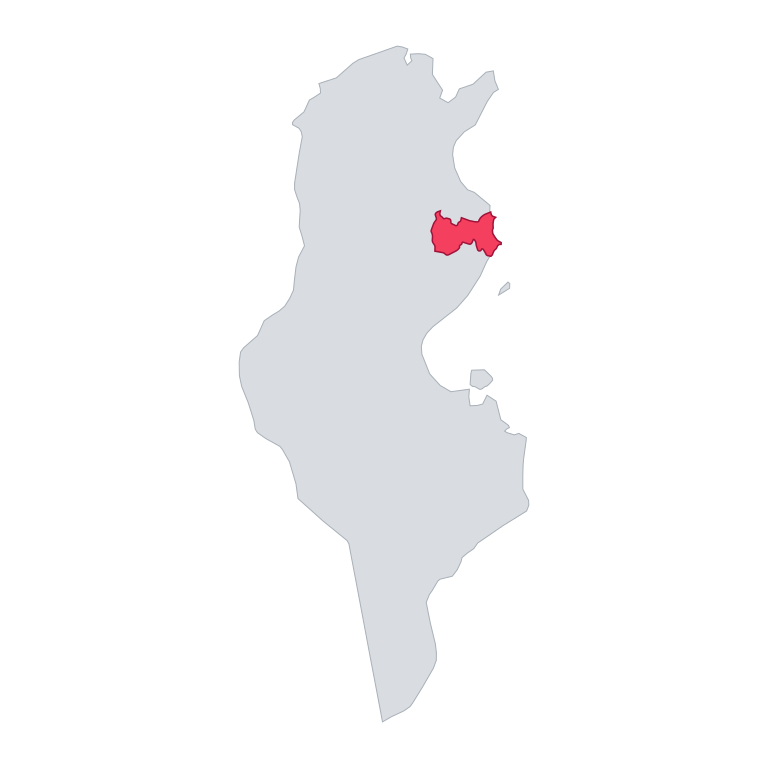 Mahdia highlighted on a map of Tunisia
{"feature_id": "TUN-116", "entity_name": "Mahdia", "entity_type": "Governorate", "adm_level": 1, "iso_a3": "TUN", "parent_name": "Tunisia", "parent_adm1": "", "projection": "equal_earth", "projection_center": [10.61, 35.335], "detail": "fine", "context": "in_parent", "style": "filled", "palette": "rose", "viewbox_px": 768, "rotation_deg": 0, "n_neighbors": 0, "source": "natural_earth", "source_scale": "10m", "svg_char_len": 4390}
<svg xmlns="http://www.w3.org/2000/svg" viewBox="0 0 768 768"><path d="M526.3,437.5L526.2,440.1L523.7,458.2L523.1,464.7L522.8,475.8L522.8,489.1L528.6,500.4L528.8,505.3L526.6,511.0L516.0,517.6L502.3,526.1L490.6,534.2L477.7,543.0L473.7,548.7L467.3,553.1L462.0,557.6L461.0,561.8L457.2,569.8L452.3,576.2L440.0,579.2L437.8,581.1L432.1,590.7L429.4,594.5L426.2,602.4L430.3,623.0L435.4,644.1L436.4,652.9L436.3,660.3L433.4,668.2L426.8,679.6L422.0,687.9L412.7,702.9L410.0,706.6L403.6,711.0L391.2,716.8L382.5,721.9L378.2,699.0L374.5,679.5L371.4,663.4L366.1,635.1L361.6,611.1L357.1,587.2L353.0,565.6L348.9,543.8L347.1,540.6L334.6,530.4L323.0,521.0L311.0,510.2L298.0,498.6L296.0,484.0L289.5,461.9L282.5,449.6L279.9,446.4L265.7,438.5L257.5,432.7L255.3,429.3L253.8,420.3L248.2,402.6L241.7,386.5L239.4,375.6L239.2,361.9L240.6,352.0L243.6,347.8L257.6,335.5L264.2,320.7L272.2,315.2L279.1,311.0L284.7,306.2L289.7,298.4L293.5,290.1L294.3,281.2L296.0,266.9L298.6,257.0L304.5,245.8L302.2,236.8L299.2,227.0L300.2,210.2L299.5,203.4L297.1,197.3L294.6,189.6L294.6,183.1L297.2,166.2L299.2,153.3L302.3,136.6L301.3,131.9L299.2,128.4L292.6,124.7L292.5,122.5L294.2,120.0L304.0,111.9L309.4,100.0L313.8,97.5L320.5,93.1L320.3,88.5L318.9,83.5L336.3,77.9L353.0,63.2L358.8,59.6L397.3,46.1L402.3,47.0L407.8,49.0L406.2,54.0L404.0,58.0L407.2,65.1L411.9,60.8L410.7,57.9L410.4,54.1L418.3,53.7L425.3,54.3L433.0,58.6L432.4,74.5L442.6,90.2L439.7,98.0L448.1,102.7L455.6,97.1L459.3,88.9L473.0,84.2L486.0,72.2L493.3,70.9L494.9,80.8L498.4,89.4L493.5,92.4L487.2,101.6L475.3,124.9L464.3,131.8L456.1,140.8L453.4,147.2L452.6,154.6L454.7,168.0L460.7,181.6L467.6,189.8L474.3,192.4L490.0,205.4L489.7,213.1L492.0,222.3L492.8,233.4L498.3,242.4L486.6,261.8L480.3,275.9L467.8,295.4L456.7,308.0L432.8,326.8L426.9,333.1L423.1,339.6L421.3,346.3L421.9,354.3L429.7,373.9L440.2,385.5L450.9,391.7L469.4,389.2L468.8,396.8L470.1,405.8L477.7,405.4L482.7,404.0L487.0,395.2L496.1,401.2L500.8,419.7L508.5,425.4L509.4,427.6L506.7,429.0L504.6,431.1L506.9,432.6L514.3,434.9L518.8,433.4L526.3,437.5ZM486.9,386.1L485.1,386.5L481.6,389.1L479.8,389.4L474.6,386.5L472.6,386.5L470.1,384.5L470.9,373.4L471.7,370.2L484.4,369.8L491.2,376.4L492.4,378.2L492.7,380.1L489.5,383.8L486.9,386.1ZM509.6,288.3L498.6,295.1L500.7,289.1L508.0,282.0L509.8,283.7L509.6,288.3Z" fill="#d9dde1" stroke="#a8b0b8" stroke-width="1"/><path d="M490.7,212.0L490.8,212.7L491.4,214.8L492.5,216.2L495.7,217.3L493.8,219.2L493.3,221.7L493.0,224.1L493.2,228.2L492.4,230.1L492.7,233.5L494.4,236.4L496.9,239.9L498.4,241.1L500.2,242.0L501.2,242.6L501.1,244.4L499.1,244.5L497.7,245.6L496.3,248.6L494.2,250.5L493.2,252.6L492.3,254.9L490.9,256.3L487.4,255.6L486.4,254.9L484.4,251.2L483.7,250.1L482.9,249.1L482.4,248.8L482.0,248.8L481.7,249.1L480.8,250.5L480.4,250.8L479.9,250.9L478.9,250.9L478.3,250.6L477.9,250.2L477.5,249.4L476.6,246.5L476.3,245.5L475.8,242.1L475.5,241.6L475.1,240.8L474.2,239.6L473.8,239.4L473.4,239.4L472.3,242.0L471.9,242.8L471.6,243.1L471.3,243.5L471.0,243.8L470.2,244.2L469.3,244.2L463.0,242.2L462.7,242.2L462.4,242.3L462.2,242.6L462.1,242.9L461.9,243.5L461.8,243.9L461.6,244.2L461.3,244.5L459.9,245.3L459.7,245.6L459.6,245.9L459.5,246.3L459.5,246.6L459.6,247.3L459.5,247.5L459.3,248.0L459.1,248.3L457.9,249.6L456.5,250.7L448.6,254.8L447.6,255.0L447.0,255.1L446.6,255.0L446.0,254.7L444.0,253.1L443.7,252.9L443.1,252.7L434.9,251.2L435.0,247.6L435.0,246.4L434.8,246.0L434.6,245.3L432.9,242.6L432.6,241.9L432.4,241.3L432.3,241.0L432.3,240.8L432.3,239.9L432.5,237.3L432.5,236.4L432.4,234.9L432.2,234.2L432.0,233.5L431.4,232.2L431.2,231.5L431.1,231.2L431.2,230.4L431.5,229.4L433.7,223.5L434.5,222.1L436.0,220.1L436.3,219.4L436.4,218.7L436.3,218.0L435.3,214.9L435.2,214.5L435.3,214.1L435.5,213.6L436.0,212.9L437.3,211.9L440.4,210.8L439.9,213.0L439.8,213.8L439.9,214.3L440.0,214.7L440.1,215.2L440.4,215.5L440.7,215.9L442.3,217.2L443.2,218.3L443.6,218.6L444.1,218.7L446.3,218.1L447.0,218.2L449.5,218.9L449.9,219.1L450.2,219.4L450.5,219.8L450.7,220.2L450.8,220.7L450.9,222.4L451.0,222.9L451.3,223.3L451.6,223.6L455.7,225.6L456.2,225.7L456.6,225.6L457.0,225.4L457.3,225.0L457.7,224.4L458.0,223.4L458.2,222.9L458.5,222.4L460.3,221.4L460.6,220.9L460.8,220.5L461.4,217.7L469.6,220.7L474.5,221.7L477.2,221.9L477.9,221.8L478.4,221.6L478.6,221.4L479.2,219.9L480.0,218.5L480.5,217.8L481.7,216.6L483.2,215.4L484.8,214.4L490.7,212.0L490.7,212.0Z" fill="#f43f5e" stroke="#9f1239" stroke-width="1.5"/></svg>